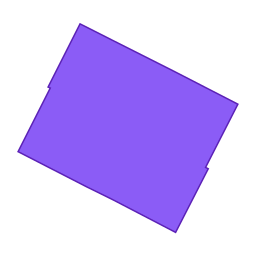 the district of Pope, Minnesota, United States of America, rotated 207°
{"feature_id": "52423323B60946121703621", "entity_name": "Pope", "entity_type": "district", "adm_level": 2, "iso_a3": "USA", "parent_name": "United States of America", "parent_adm1": "Minnesota", "projection": "albers", "projection_center": [-95.463, 45.586], "detail": "fine", "context": "isolated", "style": "filled", "palette": "violet", "viewbox_px": 256, "rotation_deg": 207, "n_neighbors": 0, "source": "geoboundaries", "source_scale": "gbopen_adm2", "svg_char_len": 329}
<svg xmlns="http://www.w3.org/2000/svg" viewBox="0 0 256 256"><g transform="rotate(207 128 128)"><path d="M40.9,199.1L111.9,199.4L182.5,199.1L218.0,199.0L217.8,128.2L215.4,128.3L215.2,57.0L138.0,56.8L109.3,57.2L109.1,57.2L38.2,56.6L38.0,128.1L41.0,128.1L40.9,199.1Z" fill="#8b5cf6" stroke="#5b21b6" stroke-width="1.5"/></g></svg>